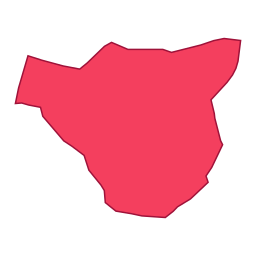 Galshir, Hentiy, Mongolia (Robinson projection)
{"feature_id": "93677404B72547167231090", "entity_name": "Galshir", "entity_type": "district", "adm_level": 2, "iso_a3": "MNG", "parent_name": "Mongolia", "parent_adm1": "Hentiy", "projection": "robinson", "projection_center": [110.788, 46.508], "detail": "fine", "context": "isolated", "style": "filled", "palette": "rose", "viewbox_px": 256, "rotation_deg": 0, "n_neighbors": 0, "source": "geoboundaries", "source_scale": "gbopen_adm2", "svg_char_len": 683}
<svg xmlns="http://www.w3.org/2000/svg" viewBox="0 0 256 256"><path d="M165.3,217.5L173.2,211.3L177.5,206.8L190.5,198.9L208.1,182.3L206.0,176.0L211.7,167.5L222.6,144.7L220.6,140.7L214.8,118.2L214.3,113.6L211.0,99.8L227.0,82.4L232.5,75.0L235.9,68.4L238.0,61.2L240.6,40.5L224.1,38.5L213.8,40.6L200.8,45.0L171.5,52.4L162.8,49.4L127.9,49.4L116.5,44.5L111.5,42.4L104.5,46.3L87.2,63.0L79.7,69.1L63.3,66.0L41.8,60.2L28.0,55.8L18.6,87.9L15.4,103.5L21.7,103.0L28.6,105.0L40.5,107.3L40.8,108.5L42.8,116.3L63.8,140.9L71.6,146.0L84.1,155.4L88.9,170.2L101.0,185.1L104.3,190.5L105.3,202.6L115.9,211.1L131.5,213.7L141.9,215.9L165.3,217.5Z" fill="#f43f5e" stroke="#9f1239" stroke-width="1.5"/></svg>